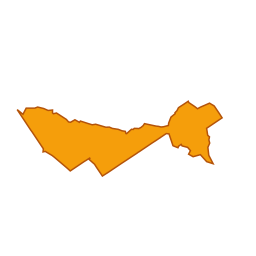 Fulton, Georgia, United States of America, rotated 56°
{"feature_id": "52423323B90883845014784", "entity_name": "Fulton", "entity_type": "district", "adm_level": 2, "iso_a3": "USA", "parent_name": "United States of America", "parent_adm1": "Georgia", "projection": "robinson", "projection_center": [-84.433, 33.844], "detail": "fine", "context": "isolated", "style": "filled", "palette": "amber", "viewbox_px": 256, "rotation_deg": 56, "n_neighbors": 0, "source": "geoboundaries", "source_scale": "gbopen_adm2", "svg_char_len": 1502}
<svg xmlns="http://www.w3.org/2000/svg" viewBox="0 0 256 256"><g transform="rotate(56 128 128)"><path d="M172.2,44.3L167.4,44.2L158.0,44.2L153.0,46.5L151.2,56.3L150.9,59.6L147.5,60.7L140.9,63.4L139.5,63.1L139.5,66.7L139.4,71.9L139.4,74.8L141.0,77.7L141.6,80.5L142.5,80.9L143.0,86.3L146.7,91.6L148.5,93.1L146.8,97.9L145.6,100.1L143.7,101.8L142.2,103.6L133.6,111.9L134.5,114.0L134.8,116.8L134.5,119.4L133.6,120.5L131.8,123.0L132.1,124.5L131.0,125.8L131.9,132.3L131.8,132.5L131.4,132.8L129.3,132.1L126.9,134.6L123.7,136.8L119.6,141.2L116.8,143.0L115.0,145.9L106.8,152.7L105.3,155.9L101.2,159.2L95.6,163.6L96.1,165.1L91.5,167.4L91.1,172.5L89.7,173.9L86.4,174.3L75.6,178.9L74.4,181.9L73.2,182.1L70.9,180.5L68.8,184.4L64.7,187.0L60.1,191.2L59.4,194.2L54.6,201.3L57.9,207.4L50.8,209.6L75.5,209.8L77.4,209.7L97.9,209.8L100.3,211.8L101.1,209.7L108.3,206.3L111.1,205.4L126.1,201.2L128.0,200.7L131.3,199.9L131.3,189.3L131.3,183.3L131.4,180.7L131.5,176.0L132.4,177.8L139.3,176.0L143.4,176.1L153.5,176.1L153.7,168.2L153.7,153.8L153.8,145.3L153.8,143.3L153.8,143.0L153.9,134.6L153.8,132.7L153.9,132.4L153.9,127.8L153.9,126.0L153.9,125.6L153.9,124.8L153.9,118.7L153.9,116.6L154.0,110.7L154.0,105.0L154.0,99.4L155.8,97.3L167.8,100.6L168.5,100.2L172.3,97.6L171.4,96.3L171.3,93.1L173.1,93.2L177.4,89.4L181.7,88.9L183.6,92.4L188.2,90.1L190.6,82.9L199.9,81.6L205.2,77.4L195.8,76.3L188.7,72.6L186.2,68.7L183.1,67.6L180.9,65.4L178.6,66.0L172.2,63.0L172.2,44.3Z" fill="#f59e0b" stroke="#b45309" stroke-width="1.5"/></g></svg>